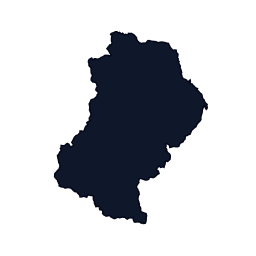 Pedras Altas, Rio Grande do Sul, Brazil, rotated 347°
{"feature_id": "56859067B17003984772313", "entity_name": "Pedras Altas", "entity_type": "district", "adm_level": 2, "iso_a3": "BRA", "parent_name": "Brazil", "parent_adm1": "Rio Grande do Sul", "projection": "albers", "projection_center": [-53.699, -31.846], "detail": "fine", "context": "isolated", "style": "filled", "palette": "ink", "viewbox_px": 256, "rotation_deg": 347, "n_neighbors": 0, "source": "geoboundaries", "source_scale": "gbopen_adm2", "svg_char_len": 5172}
<svg xmlns="http://www.w3.org/2000/svg" viewBox="0 0 256 256"><g transform="rotate(347 128 128)"><path d="M47.9,168.8L49.3,170.1L50.7,170.7L51.9,171.0L52.9,172.2L53.9,172.4L55.3,172.4L57.0,172.7L58.1,173.3L59.3,174.0L60.0,175.3L60.9,176.9L62.1,178.2L63.5,178.4L64.3,180.1L65.0,181.2L65.8,182.5L65.8,184.4L67.8,184.7L69.3,184.5L70.2,184.9L71.3,185.6L72.2,186.1L72.9,185.1L74.4,184.2L75.9,185.1L77.2,185.5L78.5,186.3L79.4,186.8L78.8,187.6L78.3,189.0L78.3,190.5L78.7,192.0L78.4,194.1L78.8,195.6L79.0,197.4L80.1,197.5L81.1,197.7L82.5,198.5L83.1,199.3L82.0,200.4L82.3,201.4L83.9,201.8L84.6,203.0L84.7,204.1L84.1,205.4L84.7,207.0L85.5,207.6L86.2,208.4L87.2,209.0L88.8,209.0L90.5,209.1L91.1,210.5L92.0,211.3L92.9,212.0L93.6,212.8L94.8,213.3L96.3,212.9L97.4,212.7L98.5,212.8L99.7,213.6L101.4,213.5L102.6,213.6L103.7,213.9L105.0,214.2L105.8,215.7L106.9,216.6L108.4,215.9L109.8,215.9L111.2,216.4L112.5,216.1L112.6,217.8L112.7,219.7L113.1,221.1L114.4,221.4L116.0,221.5L117.4,222.0L119.0,222.6L119.4,223.7L120.6,223.6L121.2,224.4L122.2,224.6L123.5,224.6L124.4,223.1L125.0,221.7L125.3,220.2L125.8,218.8L126.3,217.9L126.4,216.8L126.3,215.4L125.1,214.8L123.7,213.8L122.2,212.8L121.6,211.3L122.2,209.5L122.2,207.9L121.2,206.6L121.9,205.2L121.9,203.8L121.8,201.8L121.6,200.3L121.7,199.0L122.4,197.4L122.9,196.1L123.9,195.4L124.0,194.3L124.2,192.8L123.7,191.3L123.7,189.9L123.0,188.6L122.9,187.2L123.7,186.0L124.7,185.0L125.4,184.2L126.3,183.7L126.2,182.6L126.7,181.6L127.3,180.5L128.2,179.7L129.6,180.3L130.9,181.1L132.3,182.0L133.5,182.7L135.4,182.9L136.9,182.4L137.4,181.2L138.6,180.9L139.7,181.3L140.6,181.7L141.8,182.0L142.8,181.7L144.1,181.1L145.2,180.4L146.6,179.7L148.0,179.4L147.9,178.0L147.8,176.7L146.4,175.3L146.9,174.0L148.1,173.2L149.3,171.8L150.1,172.5L150.9,173.7L152.3,173.7L153.3,173.6L154.2,174.4L155.0,172.8L156.0,171.4L156.7,169.3L157.9,168.7L158.8,169.5L160.0,169.1L160.8,168.5L161.9,167.9L162.4,166.4L162.8,165.3L163.0,163.9L162.4,162.3L161.4,161.3L160.8,159.8L159.9,159.1L160.9,158.2L160.7,156.9L160.0,155.6L161.1,154.1L161.1,152.1L162.2,152.0L163.3,152.8L164.2,153.5L164.5,154.9L164.4,156.4L166.5,156.3L167.8,156.2L168.8,156.3L169.9,156.8L171.3,157.2L172.4,157.4L173.4,157.2L174.4,155.6L175.6,154.4L177.1,154.2L178.7,153.7L179.5,152.5L181.0,151.7L181.6,149.8L182.5,148.5L184.0,148.6L185.7,148.0L187.0,148.0L189.5,144.6L193.3,142.4L194.5,142.0L195.5,140.5L196.7,139.3L198.0,138.5L199.1,137.7L200.1,137.1L201.0,136.0L201.3,134.0L202.0,132.5L202.7,131.3L203.4,130.2L204.0,128.6L204.5,126.9L205.4,125.7L206.4,124.2L207.5,123.7L207.8,125.1L208.0,126.2L208.5,127.4L209.5,126.6L209.9,125.5L209.7,124.1L210.4,122.8L209.0,121.0L208.6,119.4L208.3,117.3L207.4,116.5L207.4,111.8L206.5,110.7L205.5,109.2L205.0,108.0L203.7,106.6L204.6,105.3L202.6,103.9L201.9,102.2L200.7,101.0L200.7,99.9L199.6,99.2L198.2,98.6L199.2,97.1L199.3,95.2L197.5,96.2L196.1,96.3L196.0,94.8L195.1,93.8L193.9,93.0L192.8,92.8L192.6,91.4L192.1,90.3L192.3,88.7L191.5,86.9L192.7,86.3L192.7,83.7L192.5,82.0L192.1,80.7L192.9,79.7L192.3,77.2L191.9,75.7L192.7,74.7L191.9,73.3L192.5,71.9L191.8,70.5L192.6,69.3L193.3,67.3L192.6,66.3L192.2,65.2L192.4,63.0L190.7,62.4L189.2,62.6L188.4,61.0L187.8,60.0L187.3,58.6L186.8,57.1L186.4,54.7L185.3,54.3L184.1,53.6L182.9,52.9L181.5,52.4L180.1,51.8L179.0,51.7L177.8,51.6L176.8,51.9L175.6,50.9L174.2,50.0L172.9,49.6L171.3,49.1L169.7,48.4L168.0,47.5L167.1,47.4L166.0,48.0L165.2,49.2L164.0,49.1L162.9,49.0L161.6,48.7L160.5,49.0L159.7,48.3L158.1,47.5L157.6,46.3L156.9,45.5L156.6,44.2L156.2,43.2L156.6,42.0L155.7,40.3L154.8,38.6L152.6,36.6L151.6,36.5L149.7,35.9L149.0,37.4L147.8,36.9L146.8,36.2L145.5,36.6L144.0,34.4L142.7,34.9L141.2,32.9L139.3,33.0L139.0,31.8L137.7,31.4L134.9,31.9L132.8,32.2L132.1,33.1L133.3,34.1L132.3,36.3L131.7,38.5L131.5,39.6L131.8,41.5L130.3,43.1L128.9,43.0L125.3,46.0L126.3,47.5L127.5,51.8L128.1,52.8L126.6,53.9L125.1,52.8L123.2,52.3L121.9,52.0L119.5,53.0L117.6,53.2L115.9,54.1L114.6,54.1L113.5,54.1L112.1,53.3L110.7,52.9L110.0,53.8L109.0,53.6L108.3,51.7L106.6,52.2L105.6,52.5L104.5,53.9L104.3,55.1L104.5,56.6L104.0,58.4L105.5,61.1L105.1,63.0L104.6,66.2L105.2,68.0L104.9,69.6L103.6,71.0L102.9,73.0L104.1,75.3L105.1,75.5L106.0,76.0L106.9,76.8L107.5,78.0L107.3,79.1L107.5,80.9L106.2,81.9L105.2,83.7L106.6,85.8L107.1,87.0L106.3,88.3L105.4,88.7L104.7,90.5L103.1,91.0L102.0,92.0L99.4,92.1L98.2,92.5L97.1,94.2L95.6,95.8L95.5,99.4L94.6,101.6L95.2,106.2L94.1,108.0L92.5,109.6L92.3,110.7L92.6,112.3L91.4,112.6L89.2,113.4L89.1,114.7L89.7,115.5L88.5,116.7L87.4,116.7L86.4,118.0L85.5,119.3L84.7,120.8L83.4,121.2L81.5,120.3L80.5,120.2L80.4,121.5L79.0,122.5L77.9,123.5L75.8,123.7L74.0,124.8L72.9,125.9L72.2,126.9L70.0,129.4L71.1,132.0L70.5,133.1L69.3,133.1L68.6,134.0L67.6,133.9L67.3,132.5L66.7,130.5L65.4,129.4L63.8,130.0L62.3,131.0L60.9,130.7L58.9,130.0L58.6,131.8L57.5,132.8L58.0,134.2L57.5,135.2L56.4,135.9L55.6,136.7L55.1,137.6L54.1,138.3L53.1,139.0L53.0,140.7L53.0,142.9L52.8,146.3L53.4,147.8L53.2,149.5L52.9,150.6L52.1,151.6L51.2,153.0L49.9,153.4L48.8,154.4L47.7,155.2L46.5,155.9L46.1,157.2L45.6,158.5L45.8,159.9L46.4,160.8L47.0,161.9L47.8,163.0L47.5,164.2L48.0,165.2L48.0,166.7L48.8,168.2L47.9,168.8Z" fill="#0f172a" stroke="#020617" stroke-width="1.5"/></g></svg>